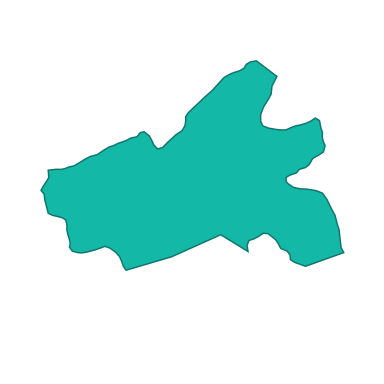 Barra D'Alcântara, Piauí, Brazil, rotated 72°
{"feature_id": "56859067B46292255679760", "entity_name": "Barra D'Alcântara", "entity_type": "district", "adm_level": 2, "iso_a3": "BRA", "parent_name": "Brazil", "parent_adm1": "Piauí", "projection": "robinson", "projection_center": [-42.113, -6.538], "detail": "fine", "context": "isolated", "style": "filled", "palette": "teal", "viewbox_px": 384, "rotation_deg": 72, "n_neighbors": 0, "source": "geoboundaries", "source_scale": "gbopen_adm2", "svg_char_len": 1815}
<svg xmlns="http://www.w3.org/2000/svg" viewBox="0 0 384 384"><g transform="rotate(72 192 192)"><path d="M203.6,82.9L203.8,76.5L202.1,72.1L197.4,66.8L196.0,60.0L194.5,54.6L189.0,51.1L184.5,51.6L180.2,51.1L175.5,49.5L171.6,49.7L163.5,48.7L159.8,51.8L161.4,57.9L161.9,61.7L161.8,67.8L161.1,73.2L161.4,78.3L162.0,83.3L160.7,87.7L158.5,92.7L154.9,99.5L150.9,104.3L145.8,104.8L139.5,102.7L133.1,97.6L127.4,90.7L123.5,86.6L116.0,83.2L111.8,79.0L108.4,75.5L87.2,90.2L86.3,95.9L87.4,100.9L90.4,104.3L91.5,109.8L91.3,115.2L91.7,119.9L93.0,126.1L95.7,130.9L101.5,141.0L105.3,149.7L115.4,171.0L118.5,174.8L122.0,175.8L126.6,178.1L130.6,182.4L132.4,189.1L135.9,196.8L137.6,200.5L140.6,206.2L140.4,211.5L135.2,213.8L130.0,214.4L125.4,215.3L119.9,218.9L119.6,222.9L122.5,227.3L121.8,233.3L122.8,239.3L122.9,247.3L123.6,251.7L123.6,256.8L124.8,262.5L127.2,270.7L126.8,278.0L127.8,283.8L129.2,289.5L130.7,296.2L130.2,301.3L130.5,306.2L129.9,310.0L128.5,314.0L126.8,322.0L133.9,323.7L137.0,327.1L140.4,331.5L143.9,335.1L148.3,333.3L153.8,334.4L167.9,335.3L171.3,331.5L173.8,327.3L176.5,323.2L179.6,320.7L184.7,321.1L189.3,322.7L193.7,323.2L197.9,323.2L203.4,323.7L206.6,325.6L211.2,324.1L214.4,319.3L215.8,315.8L216.6,311.1L217.1,302.6L217.0,297.3L216.8,291.6L220.0,287.4L225.7,283.2L231.0,280.9L236.5,280.3L241.8,280.2L246.0,278.9L247.3,231.5L241.5,177.9L265.9,157.1L259.9,156.2L255.7,152.8L255.7,147.8L254.9,142.7L253.2,137.2L255.1,132.6L260.1,129.2L263.4,127.1L267.5,126.0L273.1,125.0L277.5,119.9L282.2,118.2L286.7,119.3L290.8,115.9L297.7,107.0L296.5,66.4L291.0,67.4L278.5,64.9L273.6,63.8L267.5,63.8L258.6,63.2L251.6,64.5L244.5,65.5L241.1,65.9L233.4,68.3L229.1,73.5L224.4,82.6L222.7,87.6L219.2,93.8L214.5,97.6L211.2,99.3L207.1,98.0L206.2,93.4L206.1,86.8L203.6,82.9Z" fill="#14b8a6" stroke="#0f766e" stroke-width="1.5"/></g></svg>